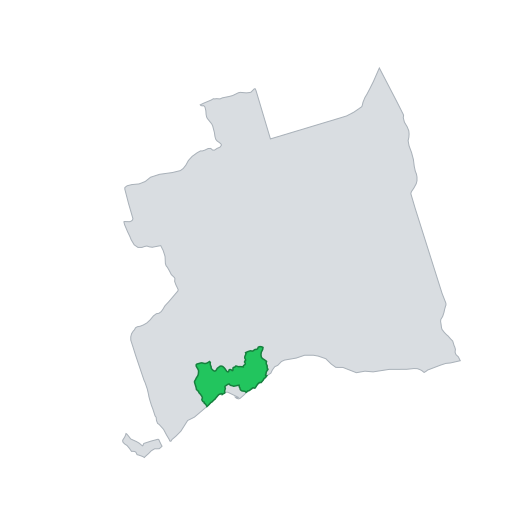 Bengo on a map of Angola (Albers equal-area conic projection), rotated 252°
{"feature_id": "AGO-1877", "entity_name": "Bengo", "entity_type": "Province", "adm_level": 1, "iso_a3": "AGO", "parent_name": "Angola", "parent_adm1": "", "projection": "albers", "projection_center": [13.878, -9.029], "detail": "fine", "context": "in_parent", "style": "filled", "palette": "green", "viewbox_px": 512, "rotation_deg": 252, "n_neighbors": 0, "source": "natural_earth", "source_scale": "10m", "svg_char_len": 7712}
<svg xmlns="http://www.w3.org/2000/svg" viewBox="0 0 512 512"><g transform="rotate(252 256 256)"><path d="M417.0,249.7L417.5,253.3L417.9,258.2L418.2,261.8L418.6,263.4L418.7,264.2L418.2,265.1L417.8,267.2L417.0,269.1L416.5,270.4L416.8,272.8L416.0,279.9L415.8,283.4L416.7,289.7L416.5,291.6L414.1,297.3L413.5,300.2L413.3,301.7L415.5,306.0L415.3,306.9L413.6,307.1L412.1,307.1L362.9,305.9L361.3,379.2L361.2,385.4L362.6,393.7L365.3,402.7L366.4,403.6L369.2,405.3L373.2,408.7L375.4,411.3L379.9,415.9L385.8,421.7L396.7,431.4L359.5,437.6L345.3,439.8L344.1,439.8L342.0,438.8L337.4,438.5L332.1,439.7L327.8,440.0L324.7,439.3L321.7,438.1L318.7,436.3L313.5,435.6L306.2,435.9L299.1,435.5L292.3,434.2L287.4,433.7L284.4,433.9L281.3,433.5L277.9,432.4L275.2,430.7L271.8,427.1L269.2,423.7L268.5,423.2L267.7,422.6L266.9,422.5L252.2,422.1L163.0,421.4L152.7,422.0L151.9,421.9L150.6,421.5L149.7,420.7L146.8,418.8L144.2,417.3L140.8,414.8L138.5,412.1L136.6,411.3L133.3,410.8L130.8,410.3L128.7,410.2L125.1,411.5L122.4,412.8L120.5,414.0L117.1,415.4L114.3,416.8L109.4,416.7L108.3,416.9L105.6,416.8L103.0,415.6L100.4,415.7L97.5,417.3L93.3,417.9L94.2,407.8L95.2,403.3L95.2,397.9L94.5,384.0L93.8,382.1L93.3,379.9L95.9,378.2L97.2,376.9L99.0,374.6L100.2,371.3L101.7,364.2L107.0,347.7L109.6,331.6L112.8,324.0L114.0,315.4L123.1,304.3L125.4,297.5L130.1,294.1L136.8,290.6L141.6,284.2L143.9,279.9L146.6,271.5L146.5,262.7L148.2,251.0L147.8,247.6L145.3,242.9L144.9,239.6L142.5,236.3L140.0,233.9L138.8,229.4L134.5,222.5L133.3,217.8L131.2,214.5L130.9,210.3L129.8,206.0L127.6,201.7L125.5,196.8L125.5,195.2L126.8,193.4L128.1,192.7L127.6,193.7L126.8,194.8L127.0,195.6L135.2,187.0L135.7,185.3L135.4,183.4L135.3,181.1L135.7,178.4L127.9,162.5L121.8,147.7L120.7,140.2L112.6,130.4L109.3,124.0L107.5,119.5L106.1,117.8L106.6,116.9L108.7,116.7L113.4,115.6L119.7,114.5L125.6,111.9L127.2,110.7L130.3,110.5L133.5,111.2L134.7,110.7L135.4,110.6L142.9,110.6L146.0,110.4L151.7,110.5L155.4,110.7L157.4,111.0L163.0,111.5L170.0,111.4L172.5,111.1L181.6,111.0L198.8,110.8L207.8,110.9L214.7,110.9L217.8,111.9L220.6,113.7L221.9,115.3L222.5,116.0L223.4,117.7L224.9,119.1L225.4,121.2L225.0,124.0L225.2,127.4L226.0,131.4L227.9,135.5L230.7,139.9L231.9,143.4L231.5,145.9L232.4,148.7L234.5,151.5L236.0,153.1L236.9,154.2L239.3,158.6L246.9,170.9L248.1,171.6L249.8,171.4L253.4,170.9L257.0,170.8L259.6,171.9L260.6,171.8L264.5,169.7L268.4,169.1L272.4,168.3L274.5,167.5L276.9,167.5L283.4,169.3L284.7,169.4L290.0,169.4L295.3,168.6L296.2,161.6L296.3,160.2L297.6,157.5L299.2,155.3L299.5,153.1L299.4,150.1L300.6,146.4L304.3,143.6L310.0,142.3L313.3,142.1L318.5,141.4L326.4,140.7L329.3,140.9L329.5,141.3L327.7,146.3L327.7,147.9L328.3,149.6L329.6,150.5L345.2,151.0L360.2,151.9L361.0,152.2L361.7,152.5L362.6,155.1L362.3,159.9L360.7,167.0L361.1,173.7L363.5,180.0L363.5,189.5L361.2,202.3L360.6,210.4L361.7,213.8L364.1,217.4L367.7,221.2L370.5,226.1L372.4,232.0L373.1,235.8L372.5,237.3L372.5,240.0L373.0,243.7L372.3,246.2L370.2,247.4L369.5,249.1L370.4,252.4L370.6,255.3L372.0,257.3L372.9,257.5L375.0,256.4L377.5,254.5L379.5,253.8L382.3,253.9L386.3,254.6L393.2,255.0L395.3,254.7L401.9,252.2L403.6,252.0L406.1,252.3L409.7,253.2L413.3,253.5L415.2,252.7L415.3,251.6L416.0,250.2L417.0,249.7ZM127.3,77.5L126.8,78.0L123.9,79.2L120.7,80.3L116.5,84.9L114.4,86.8L113.8,87.3L111.9,88.4L110.5,89.4L110.6,89.9L111.5,90.5L112.4,91.4L112.4,98.9L112.0,106.2L111.5,106.8L108.8,107.1L105.3,107.6L104.2,107.9L103.8,107.2L102.6,104.5L103.3,102.0L104.0,100.1L103.1,96.2L101.3,92.8L99.4,88.4L98.8,87.6L100.4,86.2L102.8,83.1L103.8,81.5L106.6,81.1L107.7,80.0L108.4,78.2L108.7,77.2L111.8,76.3L115.6,74.8L117.7,73.1L119.8,72.0L121.2,72.0L122.1,72.4L124.5,75.3L126.6,77.1L127.3,77.5Z" fill="#d9dde1" stroke="#a8b0b8" stroke-width="1"/><path d="M135.5,184.1L135.3,183.7L135.0,181.9L134.7,181.0L135.1,181.0L135.3,181.0L135.5,181.0L135.7,180.7L135.8,180.4L135.8,178.4L135.7,177.8L135.4,177.1L132.9,173.2L132.6,173.0L132.2,171.8L132.0,171.3L131.8,171.0L131.5,170.3L131.3,170.0L130.8,169.0L130.6,167.8L128.8,164.6L128.0,162.8L129.5,162.6L130.2,162.4L130.7,162.2L130.9,162.1L131.2,162.0L131.3,161.8L132.0,161.3L132.4,161.4L132.5,161.5L132.9,161.6L133.1,161.5L133.2,161.4L133.3,161.3L133.3,161.2L133.5,160.9L133.8,160.7L134.1,160.6L134.7,160.3L135.7,160.1L136.0,160.1L136.5,160.3L137.0,160.7L137.1,160.8L137.4,161.0L137.5,161.1L138.0,161.2L138.7,161.2L139.0,161.2L142.1,160.3L142.3,160.2L142.5,160.0L142.6,159.9L142.9,159.8L143.4,159.6L143.8,159.5L144.7,159.5L145.0,159.5L145.2,159.4L145.3,159.3L145.4,159.2L145.5,159.2L145.9,159.0L146.1,158.8L146.3,158.7L147.0,158.4L147.4,158.1L149.3,158.4L154.8,158.5L155.6,158.7L156.2,159.2L156.6,159.8L158.5,161.6L160.0,163.5L160.7,164.1L161.4,164.6L163.5,165.5L164.3,165.8L164.9,165.9L165.8,165.9L169.6,165.1L170.9,165.4L171.3,165.8L171.5,166.4L171.3,170.8L171.1,171.5L170.0,173.3L169.6,174.0L169.4,174.7L169.3,175.9L169.4,176.9L170.0,179.2L169.3,179.5L169.0,179.7L168.9,179.7L168.6,179.6L168.5,179.4L168.4,179.4L168.2,179.3L167.1,179.0L166.9,179.0L166.3,179.0L165.9,179.0L165.7,179.0L164.5,179.1L164.4,179.1L163.8,178.9L163.5,178.8L162.8,178.8L162.4,178.9L161.5,179.3L160.3,180.0L159.3,181.0L159.3,181.8L159.3,182.1L159.5,182.5L159.9,183.1L160.6,183.8L161.2,184.6L162.1,187.2L162.3,187.8L162.2,188.4L162.0,189.0L161.7,189.6L161.2,190.2L160.6,190.6L159.7,191.1L158.6,191.6L155.5,192.5L154.6,193.2L154.4,193.7L154.5,194.1L154.9,194.5L155.9,195.2L156.1,195.4L156.1,195.7L156.1,196.2L155.7,196.9L155.2,197.4L154.6,197.7L154.3,198.0L154.3,198.5L154.9,198.9L156.3,199.4L156.8,199.7L157.0,200.3L156.9,200.8L156.8,201.3L157.2,202.0L157.6,202.6L157.6,202.8L157.4,203.3L156.6,204.4L156.2,205.0L155.6,207.1L154.5,209.6L154.8,209.6L155.6,210.3L156.2,211.9L156.6,212.4L157.0,212.6L157.7,212.6L158.3,212.5L158.7,212.3L158.9,212.4L159.4,212.8L159.5,212.9L159.6,213.0L159.7,213.7L159.9,213.8L160.8,214.0L161.1,214.1L162.0,213.8L162.7,213.9L163.2,214.0L163.7,214.3L164.2,214.6L164.9,215.3L165.1,215.5L165.8,215.9L166.0,216.0L166.4,216.5L166.6,216.6L166.8,216.5L167.0,216.3L167.2,216.2L167.3,216.2L167.6,218.4L167.6,220.4L167.6,221.3L167.3,222.0L167.0,222.5L166.6,223.3L166.7,223.9L167.2,225.4L167.4,226.3L167.2,227.0L167.0,227.7L167.1,228.2L167.4,228.9L167.8,229.3L168.6,230.0L168.7,231.2L168.6,231.7L168.4,232.4L167.7,233.6L166.9,234.4L165.1,233.5L164.0,232.5L163.5,231.9L162.8,231.3L160.8,230.3L160.0,230.1L159.2,230.0L158.6,229.9L158.0,229.9L157.4,230.1L156.7,230.4L156.1,230.8L154.4,232.2L153.4,232.8L152.9,233.3L152.7,233.4L152.3,233.4L152.2,233.4L152.0,233.1L151.7,232.9L151.3,232.7L150.6,232.5L150.1,232.4L149.7,232.5L148.1,232.7L147.8,232.7L147.6,232.6L147.5,232.4L147.3,232.3L147.0,232.2L146.2,232.2L145.8,232.1L145.1,231.9L144.9,231.9L144.8,232.0L144.8,232.3L144.5,232.3L144.4,232.3L144.3,232.2L144.1,231.8L143.2,230.7L142.9,230.3L142.6,230.0L141.4,229.3L141.1,229.2L140.8,229.2L140.6,229.1L140.4,228.8L140.3,228.6L139.9,228.3L139.6,228.2L139.3,228.2L139.2,228.2L139.1,228.3L138.7,229.2L137.8,227.9L137.4,227.3L137.1,226.0L136.7,225.5L135.7,224.4L134.1,221.8L134.2,221.4L134.4,221.1L134.6,220.5L134.4,219.4L133.8,218.2L133.0,217.1L130.9,214.6L130.7,214.1L130.9,213.6L131.4,213.0L131.6,212.5L131.6,212.1L131.4,211.5L131.2,211.1L131.0,210.9L131.0,210.6L130.1,208.1L130.1,207.5L130.2,206.3L130.0,205.9L129.5,205.0L129.4,204.4L130.3,204.0L130.5,203.8L131.1,203.0L131.5,202.0L132.1,200.9L133.1,200.1L133.7,199.8L134.2,199.8L135.2,199.9L135.8,199.9L136.2,199.7L136.6,199.7L137.1,199.7L138.3,200.1L138.5,199.5L139.0,194.6L140.0,193.3L140.8,191.9L141.4,191.4L141.8,191.2L142.6,191.0L142.7,190.1L142.5,188.9L142.0,187.2L141.7,186.4L141.2,185.9L140.6,185.8L140.1,186.0L139.7,185.9L139.4,185.9L138.1,184.9L137.5,184.6L137.0,184.4L135.5,184.1L135.5,184.1Z" fill="#22c55e" stroke="#15803d" stroke-width="1.5"/></g></svg>